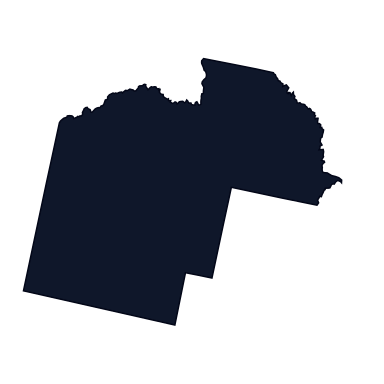 Cacoal, Rondônia, Brazil (Natural Earth projection), rotated 192°
{"feature_id": "56859067B12179645667792", "entity_name": "Cacoal", "entity_type": "district", "adm_level": 2, "iso_a3": "BRA", "parent_name": "Brazil", "parent_adm1": "Rondônia", "projection": "natural_earth1", "projection_center": [-61.428, -11.303], "detail": "fine", "context": "isolated", "style": "filled", "palette": "ink", "viewbox_px": 384, "rotation_deg": 192, "n_neighbors": 0, "source": "geoboundaries", "source_scale": "gbopen_adm2", "svg_char_len": 3234}
<svg xmlns="http://www.w3.org/2000/svg" viewBox="0 0 384 384"><g transform="rotate(192 192 192)"><path d="M336.3,60.3L201.4,58.6L181.1,58.3L181.6,111.7L170.2,111.9L154.6,112.0L154.6,128.4L154.6,168.8L154.5,191.1L154.5,204.8L135.4,204.8L128.7,204.8L122.2,204.8L109.1,204.8L102.8,204.8L67.0,205.1L65.9,207.7L67.5,210.2L66.6,212.6L66.2,214.3L64.5,214.3L64.2,216.7L63.7,218.4L63.2,221.1L62.3,222.0L62.5,223.4L59.2,224.2L58.0,224.7L57.5,226.5L57.2,228.1L56.0,229.2L54.5,229.3L53.7,231.5L53.0,232.5L51.8,233.6L50.6,233.4L48.9,233.1L47.7,232.2L48.1,234.8L49.4,235.5L51.4,236.5L55.1,237.0L58.8,237.1L62.0,238.2L63.6,238.8L67.8,238.3L68.9,239.6L69.5,241.5L69.6,243.0L70.4,244.9L69.8,247.1L68.5,248.6L69.1,249.7L72.0,249.8L70.7,253.9L71.4,255.3L71.6,258.7L72.5,260.9L76.5,259.7L76.0,261.4L76.3,263.5L74.6,265.0L77.0,267.6L77.4,271.4L76.2,272.7L76.3,275.5L76.1,277.6L76.2,280.1L77.9,280.9L78.5,282.2L80.0,281.8L80.0,284.4L81.5,285.4L83.2,285.1L83.8,286.9L84.0,290.3L85.2,290.2L86.5,288.9L87.6,291.2L87.1,292.2L88.5,293.3L88.4,294.8L90.0,295.3L91.8,295.5L92.4,296.7L93.4,297.8L94.5,298.2L95.6,297.3L97.7,299.3L98.8,299.5L99.5,300.6L100.7,301.0L103.4,300.8L105.0,301.8L106.0,301.2L107.6,300.9L108.3,302.4L108.9,303.6L111.5,304.7L111.2,306.9L113.0,308.5L113.6,310.7L114.4,309.5L115.0,306.9L116.8,309.6L118.3,309.4L118.1,308.3L119.2,308.3L120.2,309.6L119.8,311.6L119.0,314.0L122.0,316.4L123.8,315.2L125.2,314.1L125.5,316.6L127.9,317.4L129.1,318.8L130.7,318.8L131.9,320.7L133.6,322.0L134.9,324.1L136.1,324.4L137.2,325.6L154.7,325.7L177.7,325.4L208.4,324.9L209.8,322.4L209.6,320.9L209.2,319.7L206.9,316.5L205.4,313.6L203.7,312.7L202.4,310.3L202.0,308.5L202.1,306.5L203.8,304.2L204.9,301.8L204.8,300.0L203.7,298.7L202.2,296.9L201.9,293.7L201.4,290.6L202.8,290.1L202.8,287.4L202.3,285.7L202.3,283.7L202.0,281.7L201.5,280.0L202.5,278.8L203.6,278.3L204.9,280.1L206.0,281.3L207.2,280.3L207.4,278.9L207.3,277.5L209.0,277.4L210.7,277.4L211.5,278.8L213.8,278.4L215.1,280.1L216.3,280.9L216.9,278.7L217.7,277.7L218.8,278.2L219.9,278.8L221.9,278.2L223.2,277.6L223.9,276.3L224.9,275.1L226.1,276.4L227.3,276.6L228.5,275.1L229.8,274.6L230.9,275.1L232.0,275.4L231.8,277.0L234.0,276.5L234.5,278.3L235.5,277.6L236.7,278.1L238.9,278.8L240.0,279.8L240.5,281.4L242.4,281.2L244.6,282.7L244.6,285.4L245.5,284.7L245.8,286.2L247.0,285.7L248.4,286.2L249.2,287.3L250.9,287.1L252.1,286.4L253.7,286.5L254.7,285.4L256.3,282.9L257.7,284.3L259.4,285.9L259.5,287.4L260.7,287.5L261.8,286.9L262.4,285.7L265.3,284.9L266.2,284.0L266.2,282.4L267.1,281.0L267.8,279.4L269.3,278.7L270.9,279.6L272.5,279.6L274.2,279.7L276.1,277.8L278.2,277.6L279.8,275.6L280.6,274.4L281.5,275.2L283.7,274.4L286.0,272.7L287.1,273.0L288.6,272.1L289.8,272.4L293.0,269.9L294.3,267.5L293.8,265.2L295.9,264.0L296.5,259.4L297.6,257.5L298.7,257.4L299.5,255.4L301.0,255.1L302.3,254.5L303.9,253.2L305.2,251.0L306.2,249.2L307.4,249.1L308.8,251.4L311.1,251.9L312.1,253.0L313.4,252.5L314.8,251.0L315.0,249.6L315.7,247.0L315.1,245.3L315.9,243.4L317.4,243.2L318.1,242.2L319.5,242.2L320.2,241.2L322.9,239.3L324.0,240.9L325.3,241.5L327.8,241.2L329.8,240.5L330.0,239.1L332.8,237.5L334.0,236.0L335.4,234.1L336.1,232.2L336.2,189.4L336.3,170.7L336.3,86.6L336.3,60.3Z" fill="#0f172a" stroke="#020617" stroke-width="1.5"/></g></svg>